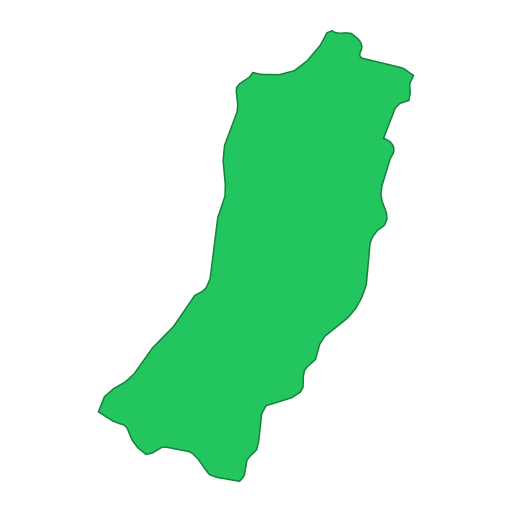 the border of Reggio Emilia
{"feature_id": "ITA-5359", "entity_name": "Reggio Emilia", "entity_type": "Province", "adm_level": 1, "iso_a3": "ITA", "parent_name": "Italy", "parent_adm1": "", "projection": "orthographic", "projection_center": [10.582, 44.607], "detail": "fine", "context": "isolated", "style": "filled", "palette": "green", "viewbox_px": 512, "rotation_deg": 0, "n_neighbors": 0, "source": "natural_earth", "source_scale": "10m", "svg_char_len": 1544}
<svg xmlns="http://www.w3.org/2000/svg" viewBox="0 0 512 512"><path d="M98.4,411.8L104.5,396.6L114.2,388.2L124.9,382.2L133.9,374.1L152.4,348.0L173.5,326.5L194.8,295.4L202.4,291.4L206.4,287.4L210.1,278.8L217.8,217.4L225.0,196.2L225.3,184.6L223.1,160.3L224.5,145.5L237.2,111.6L237.7,104.6L236.3,91.8L236.6,87.5L239.7,83.7L249.6,77.0L252.7,72.5L253.6,72.7L260.9,74.4L279.3,74.7L294.2,70.7L307.3,60.7L320.1,45.5L327.1,32.7L332.2,30.7L333.5,31.8L336.0,32.7L339.3,33.3L345.6,32.9L350.8,33.3L352.1,34.1L357.9,38.8L359.1,40.2L360.3,41.8L361.1,43.7L361.7,45.7L361.8,47.8L361.3,49.9L360.5,51.7L359.9,53.6L359.7,55.5L360.6,57.0L362.2,58.2L401.8,67.8L404.4,69.0L407.7,71.3L409.2,72.5L413.6,75.4L409.7,83.9L410.2,93.0L408.9,100.4L399.7,103.5L395.3,108.0L383.5,138.4L384.6,138.5L390.1,141.8L391.7,143.6L393.1,145.8L393.8,148.4L393.8,151.4L393.2,153.5L390.1,159.0L382.0,185.8L380.9,193.9L382.0,201.0L386.4,212.6L387.0,218.8L384.8,224.7L383.2,226.3L377.7,230.1L373.0,236.2L371.2,239.9L370.0,244.0L366.3,284.8L361.6,297.9L355.4,308.9L347.7,317.9L324.7,336.4L319.7,344.3L315.5,359.5L307.8,366.2L304.5,370.5L303.4,376.0L303.0,387.4L300.3,392.1L292.0,397.6L266.1,405.7L261.7,413.7L258.7,441.2L256.7,449.7L249.3,457.0L246.9,460.5L244.3,475.3L242.4,478.2L239.5,481.3L216.4,477.3L209.5,474.6L208.2,473.2L197.4,458.3L192.3,453.3L188.9,451.6L165.8,447.1L162.3,447.1L152.1,453.1L148.0,454.0L145.9,454.4L137.6,447.5L132.7,440.9L131.5,438.7L127.2,428.2L125.1,425.8L122.8,424.4L120.5,424.0L112.5,420.9L98.4,411.8Z" fill="#22c55e" stroke="#15803d" stroke-width="1.5"/></svg>